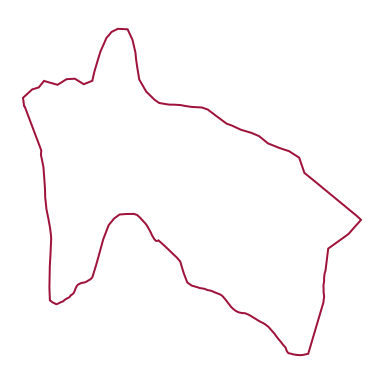 Thula, Amran, Yemen
{"feature_id": "15242507B3990952227589", "entity_name": "Thula", "entity_type": "district", "adm_level": 2, "iso_a3": "YEM", "parent_name": "Yemen", "parent_adm1": "Amran", "projection": "equal_earth", "projection_center": [43.832, 15.591], "detail": "fine", "context": "isolated", "style": "outline", "palette": "rose", "viewbox_px": 384, "rotation_deg": 0, "n_neighbors": 0, "source": "geoboundaries", "source_scale": "gbopen_adm2", "svg_char_len": 2862}
<svg xmlns="http://www.w3.org/2000/svg" viewBox="0 0 384 384"><path d="M361.0,219.8L356.5,215.7L339.5,201.7L315.7,182.1L304.4,172.9L299.2,157.7L289.1,151.2L279.2,147.9L268.0,143.4L259.0,136.1L252.1,133.1L240.8,129.7L232.0,125.6L226.5,123.6L216.3,116.0L207.7,109.5L201.9,107.5L191.5,106.9L186.0,106.1L180.6,105.1L174.8,104.7L168.9,104.6L159.2,103.0L154.5,99.7L146.2,91.6L139.2,79.4L138.8,76.8L137.1,66.5L136.1,59.4L135.4,52.4L132.5,39.9L127.6,29.3L117.9,28.8L111.6,31.9L106.4,38.0L103.8,44.0L100.7,50.9L98.4,58.1L94.4,71.6L92.3,80.8L83.8,84.2L74.8,78.7L66.5,79.2L57.6,84.8L48.7,82.3L44.0,80.9L38.8,87.4L32.2,89.4L23.0,97.8L24.1,106.2L24.7,106.5L25.2,107.8L41.3,150.5L40.9,154.7L42.7,163.4L43.4,166.8L44.4,179.9L45.0,189.2L45.2,197.3L46.5,209.5L48.3,218.3L50.0,227.6L50.9,234.7L51.2,238.1L50.5,253.7L49.8,266.6L49.4,287.7L49.9,300.4L52.4,302.3L54.7,303.4L56.2,304.2L57.2,304.0L61.1,302.1L63.2,301.3L64.6,299.9L66.9,298.5L69.5,297.1L70.9,295.2L72.4,294.3L74.0,292.6L74.8,290.5L75.5,288.6L76.7,286.2L77.9,284.7L79.8,283.7L81.3,283.0L83.0,282.7L85.1,282.3L86.6,281.6L88.1,280.6L89.0,280.1L89.8,279.7L91.3,278.5L92.4,277.1L93.1,274.9L96.2,264.8L100.5,249.4L103.2,239.4L108.7,225.1L114.1,218.5L119.6,214.5L126.5,214.0L133.9,213.9L137.1,215.0L137.6,215.4L139.0,216.7L140.4,218.0L141.6,219.4L142.5,220.3L142.9,220.8L144.2,222.2L145.4,223.5L146.6,225.1L147.6,226.8L148.6,228.5L149.9,230.9L150.9,232.7L151.6,234.5L152.5,236.1L153.6,238.0L154.6,239.6L154.8,239.7L155.6,240.5L156.0,240.9L157.8,240.8L158.5,240.4L165.5,246.7L173.8,254.7L176.8,257.5L180.3,261.6L181.6,266.2L183.6,272.7L183.8,273.4L187.3,282.5L191.9,285.7L192.7,285.9L194.6,286.4L196.4,287.0L198.0,287.4L199.5,288.0L201.5,288.3L203.1,288.6L204.6,288.8L206.1,289.5L207.7,290.1L210.0,290.5L211.7,291.0L213.5,291.8L214.6,292.3L215.4,292.6L217.4,293.4L218.9,293.9L220.7,294.8L222.0,295.6L223.4,297.1L224.8,298.8L226.1,300.4L227.2,301.8L228.3,303.3L229.5,304.8L230.7,306.5L232.0,307.8L233.4,309.1L234.7,310.1L236.5,311.3L238.2,312.1L239.8,312.6L241.6,313.0L243.3,313.1L244.9,313.2L246.5,313.8L248.4,314.6L250.3,315.6L252.1,316.7L253.5,317.6L254.9,318.4L256.3,319.3L258.0,320.4L260.3,321.7L261.7,322.4L263.4,323.2L265.4,324.5L267.1,325.8L267.4,326.0L268.5,326.9L269.7,328.3L271.0,329.7L272.3,331.3L274.2,333.3L276.1,336.0L277.5,337.8L278.6,339.3L279.8,340.6L281.0,342.1L282.3,343.8L283.4,345.2L284.7,346.5L285.8,348.0L286.3,349.9L287.2,351.7L288.5,353.2L290.1,353.5L291.7,353.9L293.3,354.4L294.8,354.6L296.4,354.9L298.1,355.0L299.8,355.1L300.2,355.2L303.1,354.9L308.2,353.8L323.4,302.5L323.9,298.1L324.1,297.1L324.0,295.2L323.7,293.3L323.6,291.1L323.6,288.8L323.5,286.6L323.5,284.8L324.0,282.1L324.1,280.0L324.1,279.7L324.1,278.1L324.3,276.1L324.5,274.2L324.9,272.4L325.5,270.7L328.2,248.6L348.4,234.1L352.2,229.8L355.6,225.9L356.6,224.8L358.9,222.3L361.0,219.8Z" fill="none" stroke="#9f1239" stroke-width="2"/></svg>